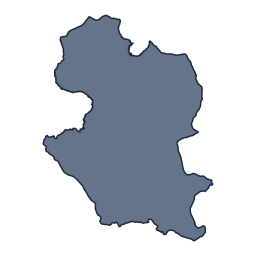 Milengi, Luapula, Zambia
{"feature_id": "96606910B39507061952782", "entity_name": "Milengi", "entity_type": "district", "adm_level": 2, "iso_a3": "ZMB", "parent_name": "Zambia", "parent_adm1": "Luapula", "projection": "albers", "projection_center": [29.078, -11.938], "detail": "fine", "context": "isolated", "style": "filled", "palette": "slate", "viewbox_px": 256, "rotation_deg": 0, "n_neighbors": 0, "source": "geoboundaries", "source_scale": "gbopen_adm2", "svg_char_len": 5690}
<svg xmlns="http://www.w3.org/2000/svg" viewBox="0 0 256 256"><path d="M44.0,139.9L43.3,143.9L44.4,145.2L46.4,146.7L46.3,147.7L45.6,148.9L46.1,151.1L46.7,151.6L48.6,152.4L49.1,153.7L51.8,155.1L53.4,156.5L54.2,157.6L54.2,158.8L54.7,159.5L55.5,160.1L56.9,160.5L58.0,161.3L63.0,170.6L64.5,172.6L68.1,174.8L72.4,176.1L73.9,176.8L77.0,179.5L83.0,186.3L84.1,189.1L86.9,193.3L88.1,195.8L91.2,200.0L92.0,200.9L93.6,201.8L94.9,203.0L95.5,204.5L95.3,208.2L96.2,211.3L97.7,214.7L100.9,216.9L101.0,217.7L100.5,219.9L99.8,221.3L100.3,221.7L100.8,223.1L101.8,223.9L102.7,224.3L103.7,224.1L105.0,224.5L106.8,224.5L109.1,225.1L110.1,225.1L111.5,224.0L112.0,223.2L112.7,222.6L113.7,222.6L114.4,223.1L115.0,223.1L116.0,222.2L117.5,223.1L119.0,226.5L119.8,226.5L120.4,226.2L121.4,224.9L122.0,224.5L123.7,224.1L124.0,224.2L124.6,224.0L125.5,223.1L127.6,222.9L131.3,221.5L133.9,221.7L135.4,222.3L137.4,221.9L139.2,222.4L141.2,222.3L142.9,223.2L145.5,222.6L147.0,222.7L148.7,221.9L147.9,220.8L148.2,220.0L149.2,219.3L150.2,219.1L151.8,219.9L154.3,223.6L155.0,224.2L156.0,224.5L157.7,226.3L157.8,227.1L156.4,228.6L156.3,229.0L156.7,229.9L160.6,231.5L161.3,232.4L162.6,231.6L162.9,231.8L163.2,232.4L163.3,233.9L163.9,234.3L165.6,234.5L167.9,231.0L168.8,230.6L170.2,230.1L172.4,230.4L174.7,231.1L175.6,232.6L177.9,233.3L180.5,235.6L183.6,236.9L190.8,238.9L192.1,239.5L193.5,240.6L194.4,240.6L195.3,240.2L196.7,238.9L197.6,238.7L200.2,236.7L201.8,236.4L203.1,235.2L205.2,232.4L205.4,228.6L204.8,226.7L204.2,226.0L203.0,226.0L202.0,226.4L201.2,227.1L198.5,228.0L197.6,227.6L196.4,226.8L195.3,225.4L194.7,222.2L190.7,213.6L190.2,210.2L190.3,208.2L194.1,200.0L194.5,196.5L195.1,195.2L200.1,191.5L203.3,190.9L205.2,191.4L208.6,187.8L209.6,185.2L210.0,184.9L212.0,185.1L212.7,184.1L212.4,183.4L211.2,182.9L211.8,180.6L211.5,180.2L208.8,179.5L206.6,178.5L203.6,176.1L200.9,176.3L199.1,175.9L194.6,173.7L193.6,173.5L189.3,174.8L187.8,174.8L186.7,174.5L185.4,173.3L184.2,171.5L183.1,168.7L181.0,157.7L178.0,150.0L178.0,147.0L176.9,143.2L176.9,142.6L178.6,140.6L181.2,139.0L184.5,137.7L186.9,137.4L190.9,135.8L192.2,135.7L198.1,132.3L197.9,131.8L197.3,131.3L194.1,129.8L192.7,128.3L191.4,124.4L191.9,122.4L192.6,121.0L192.8,119.1L193.6,117.6L195.4,116.0L196.0,115.1L196.1,113.8L196.9,112.1L199.1,109.3L200.3,106.4L200.7,103.6L200.6,102.2L201.0,101.1L202.2,99.4L202.3,98.4L201.8,96.8L202.1,88.4L201.7,86.8L198.1,83.7L197.2,81.9L195.6,78.2L196.3,76.0L196.2,75.1L195.6,74.1L194.4,70.9L193.5,69.8L192.2,66.4L191.5,65.3L190.6,61.9L187.9,58.7L186.6,55.4L186.0,54.5L184.3,53.9L177.9,55.2L175.3,55.1L173.6,54.7L172.1,54.0L167.4,54.0L163.5,53.1L161.3,52.9L159.0,49.9L156.9,47.7L156.3,46.6L153.9,45.4L152.1,43.0L150.1,41.1L149.8,41.1L149.2,42.4L149.9,43.2L150.0,43.7L148.5,45.5L148.7,46.4L148.3,47.3L145.8,49.6L145.3,50.4L143.7,51.0L142.5,52.7L141.5,53.4L141.6,53.8L140.8,54.9L140.2,54.9L140.1,54.7L139.7,55.4L137.5,56.2L135.0,56.0L133.6,55.4L132.7,55.9L131.5,55.3L131.0,55.8L130.1,54.9L131.2,54.9L131.7,54.1L130.6,53.4L130.5,53.6L130.1,53.6L129.9,52.8L129.4,52.8L129.5,52.4L128.7,51.9L128.5,51.4L128.4,50.1L129.3,49.8L128.8,48.6L129.5,47.8L129.0,47.5L128.9,46.7L129.2,46.3L128.8,45.9L129.1,45.7L129.7,46.0L130.5,45.7L130.5,45.2L130.9,45.3L130.7,44.8L131.4,44.5L131.4,44.1L132.6,44.2L132.4,44.1L132.8,43.3L132.0,43.3L130.4,42.5L130.3,41.8L130.1,41.9L129.8,41.6L130.1,41.2L129.9,41.0L129.9,40.3L126.2,39.1L125.8,39.2L125.5,39.0L124.2,39.0L123.1,38.2L122.8,37.5L122.2,37.1L121.7,37.2L121.6,36.7L121.1,36.4L120.9,34.8L120.1,34.2L119.5,33.2L119.5,32.4L118.6,30.5L118.5,29.3L118.4,27.0L118.6,26.9L119.0,25.4L119.7,24.2L119.6,23.0L120.3,22.1L120.3,21.4L119.9,19.8L119.4,19.3L117.8,19.6L117.0,19.1L114.1,18.3L111.8,18.4L110.3,17.6L109.4,16.7L108.5,16.5L106.5,15.4L105.0,15.6L102.6,16.5L98.9,19.6L97.2,20.1L95.7,20.2L89.2,16.7L83.1,24.5L80.8,25.9L71.4,30.1L69.2,31.5L68.6,32.0L66.4,36.1L60.8,37.2L60.2,39.8L63.6,49.5L63.3,50.6L63.8,54.6L63.0,56.6L63.8,59.3L63.3,60.0L62.1,60.7L60.3,63.3L58.1,63.8L58.1,64.7L57.3,66.4L57.4,67.5L56.8,68.4L56.4,68.5L56.3,69.0L55.5,69.4L54.9,70.3L54.7,72.0L55.0,72.6L54.7,72.9L55.0,73.6L54.7,74.1L55.1,74.6L54.7,75.9L55.0,76.0L55.0,76.5L55.5,76.7L55.6,77.3L56.0,77.4L55.8,78.5L56.1,80.8L55.8,81.5L56.2,82.9L58.5,84.8L58.4,85.4L58.8,85.9L60.0,86.2L60.3,87.7L61.1,88.2L61.3,88.8L61.7,88.5L61.6,88.8L62.0,88.7L62.1,89.0L62.7,89.3L63.6,89.2L65.2,90.0L67.0,90.3L67.4,91.1L69.3,90.9L70.3,91.9L71.8,91.8L72.0,92.3L72.8,92.6L76.0,91.8L76.9,91.9L77.3,91.4L78.7,91.8L79.1,91.3L80.0,91.3L82.6,91.8L82.7,92.2L83.7,92.4L83.9,92.8L85.2,93.3L85.4,94.0L86.5,94.2L87.5,95.2L87.7,95.8L88.3,95.7L88.3,96.2L88.7,96.5L88.4,96.8L88.6,97.1L89.3,97.1L90.1,97.7L90.3,97.5L90.6,97.6L90.8,97.9L90.8,98.5L91.6,98.9L91.7,99.8L92.3,99.8L92.3,100.3L92.8,100.6L93.0,101.9L92.7,102.6L92.1,102.9L92.4,104.0L92.3,104.4L91.9,104.5L92.9,106.3L92.1,107.8L91.9,108.9L92.1,109.2L91.2,109.8L90.3,111.5L89.3,111.6L88.8,112.5L85.2,114.9L85.1,115.6L85.5,115.7L85.5,116.5L84.5,117.4L84.3,118.3L83.8,118.7L83.9,119.1L83.4,119.7L83.9,120.2L83.8,121.0L84.3,120.9L85.1,121.5L85.1,121.9L84.2,122.9L84.1,123.4L83.6,123.7L83.3,124.5L83.5,124.7L83.3,124.9L83.6,126.8L83.2,127.0L83.1,127.7L83.8,128.0L83.6,128.4L83.9,128.6L83.4,128.7L82.6,128.4L82.6,129.1L81.3,129.1L81.1,129.6L80.4,129.2L79.9,130.6L80.0,131.8L78.1,131.4L76.4,129.3L75.8,129.0L75.3,128.4L73.1,128.4L72.8,128.7L72.9,129.6L72.3,130.2L70.4,129.1L68.0,130.2L65.5,129.7L65.1,130.2L64.3,130.6L63.8,132.0L62.4,133.0L61.6,133.2L61.0,134.4L59.9,134.6L57.9,135.5L56.8,137.2L56.7,138.5L54.9,138.5L54.2,136.4L53.6,136.0L53.3,135.9L53.2,136.6L52.8,136.8L51.5,136.6L49.7,137.3L48.2,136.9L47.4,135.7L46.8,135.6L46.6,136.1L45.7,136.4L45.9,137.5L44.0,139.9Z" fill="#64748b" stroke="#1e293b" stroke-width="1.5"/></svg>